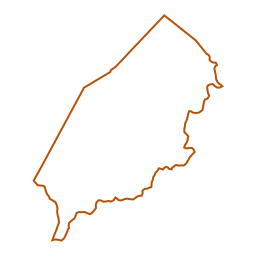 Pindaí, Bahia, Brazil
{"feature_id": "56859067B7976489676408", "entity_name": "Pindaí", "entity_type": "district", "adm_level": 2, "iso_a3": "BRA", "parent_name": "Brazil", "parent_adm1": "Bahia", "projection": "albers", "projection_center": [-42.662, -14.477], "detail": "fine", "context": "isolated", "style": "outline", "palette": "amber", "viewbox_px": 256, "rotation_deg": 0, "n_neighbors": 0, "source": "geoboundaries", "source_scale": "gbopen_adm2", "svg_char_len": 2233}
<svg xmlns="http://www.w3.org/2000/svg" viewBox="0 0 256 256"><path d="M164.3,15.4L138.7,42.4L132.4,49.0L120.7,61.5L115.5,66.9L110.8,70.2L110.3,72.0L84.0,87.7L71.8,110.3L45.7,158.8L39.7,169.9L33.7,180.5L35.1,182.4L36.5,183.8L37.6,185.2L40.3,185.5L43.0,185.8L44.5,186.6L45.3,188.9L46.1,192.1L47.5,194.7L49.0,196.6L49.9,199.0L52.2,200.1L53.7,201.1L55.5,202.2L56.7,205.1L57.5,208.2L57.1,211.7L57.7,215.5L58.4,218.0L58.9,220.4L58.9,222.6L58.3,224.7L57.4,226.7L56.8,228.7L55.8,231.3L54.5,234.4L52.4,240.2L54.4,239.6L56.2,239.5L58.4,239.8L61.4,240.6L63.6,238.9L64.9,236.9L66.0,234.4L67.2,231.9L67.8,229.4L69.0,228.1L68.6,225.8L69.1,223.0L70.4,221.7L72.4,219.9L74.5,218.5L75.8,215.5L76.6,213.0L79.2,212.0L81.5,212.2L84.4,212.0L87.4,213.2L90.1,214.2L92.2,212.7L94.2,210.4L95.9,208.2L95.8,204.8L96.6,202.4L98.4,200.3L100.8,200.4L103.5,201.7L106.2,201.4L108.8,201.0L110.9,201.6L113.6,200.2L115.5,197.5L117.2,198.7L118.9,200.3L121.5,200.3L124.1,199.3L126.7,198.6L129.2,199.0L131.3,199.3L133.4,199.4L135.1,198.2L136.6,196.9L139.4,195.8L141.7,195.7L142.7,193.2L142.3,191.3L143.4,189.7L145.2,188.7L147.4,188.6L149.2,187.7L151.3,187.2L151.6,184.4L151.7,182.4L152.5,180.6L152.9,178.8L153.4,176.9L154.8,174.9L155.5,172.7L157.3,171.0L158.9,168.3L161.2,168.9L162.9,169.5L164.3,167.8L166.0,166.8L167.8,167.4L169.1,168.9L171.6,169.4L172.2,167.6L174.2,166.3L175.9,165.0L179.1,165.6L181.3,165.4L183.9,165.5L186.1,163.6L187.5,161.4L189.0,158.8L189.8,157.1L191.3,155.5L192.9,153.8L194.7,152.0L193.6,149.5L191.9,148.0L190.1,147.9L187.8,148.3L185.9,148.3L184.2,147.5L184.9,145.0L186.7,142.6L187.6,140.1L187.8,138.2L188.3,136.2L186.8,134.5L184.5,132.4L184.2,129.2L184.8,127.0L185.2,123.4L187.0,119.3L187.7,116.4L188.3,113.3L189.2,111.2L191.0,111.3L192.8,112.6L195.8,113.0L199.3,112.5L202.4,110.1L202.9,108.2L203.4,105.1L204.1,101.3L205.0,99.4L207.1,98.8L208.3,97.5L209.1,95.7L208.1,93.3L207.4,89.7L207.2,87.4L207.7,85.6L209.9,84.6L212.7,84.0L214.8,86.1L217.3,87.6L219.8,87.6L222.3,86.1L220.7,84.8L218.9,83.6L217.5,81.9L216.7,80.2L216.0,78.5L215.9,76.5L215.6,74.2L215.0,71.6L214.3,68.6L215.5,66.1L217.0,65.1L215.8,62.6L213.2,62.6L210.6,61.1L209.5,59.8L209.8,57.4L208.9,55.3L206.2,53.4L196.0,40.6L164.3,15.4Z" fill="none" stroke="#b45309" stroke-width="2"/></svg>